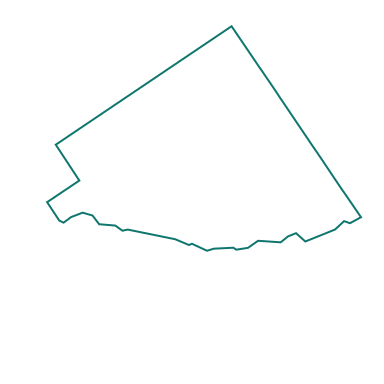 the district of Lac qui Parle, Minnesota, United States of America, rotated 146°
{"feature_id": "52423323B12319961540390", "entity_name": "Lac qui Parle", "entity_type": "district", "adm_level": 2, "iso_a3": "USA", "parent_name": "United States of America", "parent_adm1": "Minnesota", "projection": "mercator", "projection_center": [-96.201, 45.037], "detail": "fine", "context": "isolated", "style": "outline", "palette": "teal", "viewbox_px": 384, "rotation_deg": 146, "n_neighbors": 0, "source": "geoboundaries", "source_scale": "gbopen_adm2", "svg_char_len": 702}
<svg xmlns="http://www.w3.org/2000/svg" viewBox="0 0 384 384"><g transform="rotate(146 192 192)"><path d="M66.5,307.3L278.5,307.4L279.0,264.5L317.8,264.6L318.0,242.5L315.6,238.4L306.2,238.8L294.2,236.0L287.6,228.1L287.0,217.2L274.4,207.1L271.3,198.8L266.3,196.8L232.3,162.2L224.2,149.8L221.0,149.1L212.4,134.9L205.6,132.8L188.9,122.7L187.5,119.4L176.8,114.4L164.5,114.6L146.6,100.7L137.2,101.5L128.8,99.7L125.7,87.6L94.5,80.9L82.2,82.8L78.5,77.8L66.0,76.6L66.2,106.6L66.3,108.6L66.3,109.5L66.3,121.7L66.2,148.9L66.2,149.6L66.3,163.3L66.3,164.0L66.3,185.0L66.3,185.7L66.3,189.6L66.3,221.9L66.2,229.2L66.3,255.1L66.4,257.1L66.4,265.3L66.5,307.3Z" fill="none" stroke="#0f766e" stroke-width="2"/></g></svg>